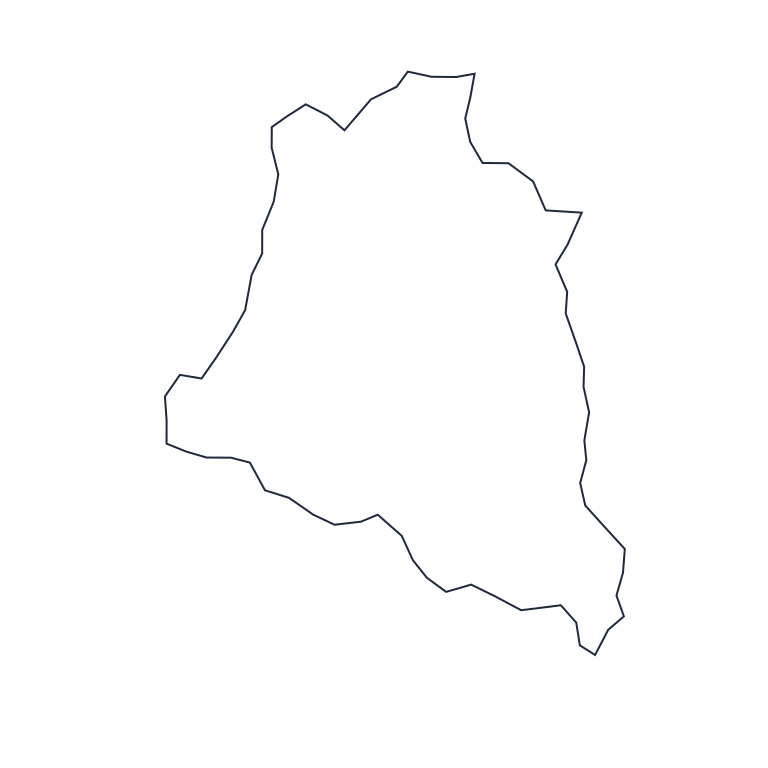 Vargem Grande Paulista, São Paulo, Brazil, rotated 350°
{"feature_id": "56859067B11960821641322", "entity_name": "Vargem Grande Paulista", "entity_type": "district", "adm_level": 2, "iso_a3": "BRA", "parent_name": "Brazil", "parent_adm1": "São Paulo", "projection": "orthographic", "projection_center": [-47.014, -23.624], "detail": "fine", "context": "isolated", "style": "outline", "palette": "slate", "viewbox_px": 768, "rotation_deg": 350, "n_neighbors": 0, "source": "geoboundaries", "source_scale": "gbopen_adm2", "svg_char_len": 1036}
<svg xmlns="http://www.w3.org/2000/svg" viewBox="0 0 768 768"><g transform="rotate(350 384 384)"><path d="M608.5,249.6L573.4,241.1L566.0,210.4L544.9,188.2L519.4,183.4L510.9,160.4L510.1,136.6L518.6,117.2L527.1,94.2L508.3,94.2L484.2,89.7L461.7,80.5L448.3,93.4L420.6,101.4L389.1,127.3L375.1,109.9L355.5,95.0L335.1,103.5L318.1,111.5L314.4,131.7L316.3,159.2L307.0,185.4L290.8,211.2L286.7,234.3L272.6,253.6L260.1,287.1L244.2,306.5L223.1,329.1L205.3,346.9L184.6,339.6L166.1,358.2L163.6,382.0L159.5,405.0L177.6,416.3L196.5,425.6L220.5,430.0L238.3,438.1L248.3,468.0L270.8,479.7L291.5,500.3L310.8,514.0L337.4,515.6L355.1,511.6L375.1,536.6L381.8,562.4L392.5,582.2L409.1,599.5L435.0,596.7L456.1,612.1L479.8,630.6L519.7,632.6L531.9,652.4L531.5,675.4L544.8,687.5L562.2,664.9L579.9,654.5L576.2,632.7L586.6,611.3L592.5,588.3L575.5,561.6L561.1,538.6L560.0,515.6L570.0,494.2L571.5,474.4L581.1,447.4L580.0,421.5L584.1,401.8L580.0,375.1L575.2,346.1L580.4,325.1L573.7,296.0L588.9,278.7L608.5,249.6Z" fill="none" stroke="#1e293b" stroke-width="2"/></g></svg>